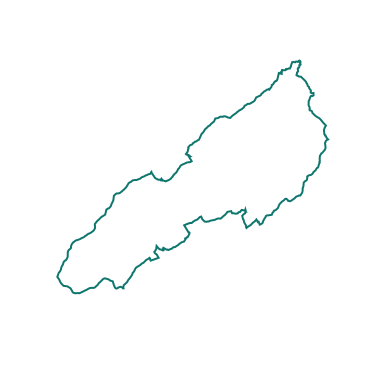 Licurici, Gorj, Romania (Equal Earth projection), rotated 240°
{"feature_id": "2599482B7592331780028", "entity_name": "Licurici", "entity_type": "district", "adm_level": 2, "iso_a3": "ROU", "parent_name": "Romania", "parent_adm1": "Gorj", "projection": "equal_earth", "projection_center": [23.618, 44.895], "detail": "fine", "context": "isolated", "style": "outline", "palette": "teal", "viewbox_px": 384, "rotation_deg": 240, "n_neighbors": 0, "source": "geoboundaries", "source_scale": "gbopen_adm2", "svg_char_len": 6086}
<svg xmlns="http://www.w3.org/2000/svg" viewBox="0 0 384 384"><g transform="rotate(240 192 192)"><path d="M244.8,314.7L244.4,314.5L243.1,313.0L242.7,311.6L241.9,310.2L242.4,309.7L242.8,309.7L242.8,309.2L242.6,309.2L243.2,307.9L242.9,306.3L243.0,304.6L242.5,302.9L242.3,301.3L241.6,300.3L241.4,299.4L241.8,294.9L240.0,292.2L239.6,291.1L239.5,287.0L239.6,285.8L240.5,284.2L240.2,282.2L240.4,280.7L239.3,279.1L238.9,276.3L238.9,274.3L239.1,273.6L238.8,272.8L238.6,270.9L238.3,270.0L238.0,266.3L237.7,264.4L237.0,262.2L238.3,260.6L240.5,259.0L241.3,258.0L241.8,256.9L241.7,256.3L243.1,254.1L243.0,252.1L243.4,250.4L244.0,248.9L242.1,246.4L241.4,242.4L240.7,240.7L240.9,239.1L240.3,237.4L239.8,234.7L238.0,231.4L237.6,229.5L233.8,224.2L233.9,222.5L233.7,220.6L234.1,219.7L233.8,218.6L233.8,217.2L233.3,216.5L233.1,215.5L233.4,214.3L233.4,213.3L232.5,211.0L231.3,210.7L230.9,209.9L229.2,208.5L228.2,206.6L228.0,205.9L227.3,206.1L225.6,207.6L225.0,207.8L225.4,207.1L224.0,207.9L224.2,207.4L224.1,207.0L218.8,207.1L218.9,205.2L220.1,202.4L220.3,199.4L220.6,197.0L220.6,195.5L218.9,192.4L218.8,191.4L217.6,189.8L216.9,188.3L216.5,187.3L216.4,185.9L216.0,185.1L215.7,183.9L215.0,183.1L214.7,181.6L214.0,180.0L214.0,177.7L214.4,174.5L216.1,173.2L216.7,171.9L216.9,171.8L217.4,172.3L218.8,172.2L218.1,170.6L218.7,170.4L219.5,168.9L222.4,167.1L228.7,166.6L229.7,166.9L229.5,166.2L228.8,165.6L228.6,164.4L229.2,163.1L229.2,161.3L229.6,159.9L229.4,158.8L229.9,155.7L229.5,154.1L230.1,150.0L231.1,148.2L231.7,146.3L231.3,144.1L231.4,143.3L231.4,141.7L229.2,137.8L228.2,134.6L227.3,129.7L227.3,128.3L228.5,125.7L228.1,123.5L227.7,122.4L224.0,119.6L221.7,116.1L220.4,114.7L219.9,113.5L219.4,111.7L219.7,110.9L219.6,109.1L215.8,105.5L215.6,100.6L214.8,98.0L214.3,95.5L212.9,92.0L212.5,91.6L209.8,90.3L209.1,89.8L207.8,87.7L207.3,84.0L207.6,80.6L207.3,79.1L207.3,77.5L207.0,76.2L207.0,75.1L207.3,73.3L207.2,71.3L208.1,67.2L207.8,63.9L206.9,61.8L205.7,60.3L204.0,59.1L203.7,58.5L203.4,56.2L202.1,54.4L198.1,52.0L197.0,50.6L196.0,48.8L196.1,47.5L195.6,45.9L193.7,43.9L192.8,42.2L191.5,40.6L190.4,39.7L189.2,37.9L188.7,36.3L185.8,32.9L183.1,33.2L178.7,32.9L175.0,33.8L172.7,36.8L169.7,38.5L169.0,38.7L164.8,38.6L163.9,39.0L162.8,40.1L161.5,42.7L160.6,43.9L160.2,48.6L160.3,49.8L160.0,50.9L160.0,54.3L159.8,55.7L159.1,57.4L158.2,58.6L157.9,60.2L158.8,64.1L159.8,66.1L159.8,66.8L160.9,70.8L161.1,71.8L160.8,73.4L159.3,74.9L157.4,76.5L156.2,76.8L154.3,78.7L150.4,77.8L147.8,77.5L146.7,77.8L146.2,78.2L145.9,79.2L146.1,80.4L145.6,82.8L144.3,83.8L143.1,84.0L142.8,84.5L144.2,85.1L145.4,86.3L146.4,90.7L147.7,92.8L148.5,95.1L150.3,98.8L151.6,100.2L152.0,101.7L152.8,103.1L153.6,104.0L154.4,105.6L154.6,107.8L154.6,110.6L155.1,112.7L155.0,114.6L156.0,118.3L156.0,120.6L156.2,122.3L155.3,122.4L154.4,122.0L153.2,121.9L151.7,130.2L155.3,130.2L157.6,129.3L158.6,129.3L159.1,129.5L159.4,130.6L160.5,132.5L162.9,134.3L160.1,134.8L158.5,135.4L157.5,136.5L155.9,137.6L155.8,138.0L156.1,138.0L156.7,139.0L157.8,138.8L158.0,139.3L155.0,141.0L154.4,141.6L154.4,142.0L153.5,142.7L153.4,144.6L153.0,146.1L153.5,148.0L152.8,149.8L153.0,152.0L152.9,153.0L153.4,155.2L153.6,157.7L153.1,160.5L154.3,162.5L155.0,162.8L154.7,163.2L154.7,163.8L155.2,164.1L155.4,165.1L155.1,165.7L155.6,166.5L156.8,168.5L157.9,169.5L158.5,169.3L158.6,168.8L167.1,168.6L166.8,171.4L166.2,174.7L165.3,176.2L165.7,177.9L165.8,180.7L165.5,182.9L166.4,186.3L166.1,187.7L163.4,187.3L160.2,188.1L159.0,189.5L158.7,190.8L158.1,191.8L158.0,193.5L156.5,197.8L156.3,200.4L155.6,202.2L154.8,203.1L154.6,203.6L155.3,206.5L155.7,209.3L156.6,211.8L157.1,212.7L155.8,216.4L153.6,216.1L152.5,217.8L151.3,219.0L150.6,221.1L151.2,222.1L150.7,223.6L150.9,224.3L151.3,224.8L151.6,226.2L149.5,228.4L149.6,229.0L150.1,229.5L149.3,229.3L148.9,228.8L147.9,228.8L148.1,228.4L147.0,227.3L146.9,225.6L146.3,223.6L143.0,222.6L142.4,222.8L139.4,222.0L136.0,222.0L135.2,221.8L134.8,221.3L133.6,221.2L133.9,222.5L134.1,226.7L134.8,228.6L135.2,231.8L136.0,234.0L133.6,234.0L133.8,234.3L133.1,234.9L129.9,234.3L129.7,234.7L129.8,237.3L130.1,237.9L131.2,239.0L132.9,241.8L133.2,242.7L134.2,243.9L134.2,245.3L133.6,246.4L133.0,248.2L132.6,248.9L132.4,249.8L133.5,251.0L133.9,251.7L134.0,252.5L134.8,253.6L134.5,255.4L135.1,258.2L135.6,259.0L136.8,260.4L137.8,262.0L138.7,265.1L138.8,267.2L139.4,269.2L139.2,270.0L138.7,270.4L137.8,270.8L136.4,270.8L135.0,272.2L134.9,274.0L135.2,277.4L135.9,280.1L135.5,281.9L135.5,283.0L134.9,283.7L134.8,284.1L136.2,286.8L136.9,287.7L138.6,289.0L139.4,289.3L141.7,291.7L144.1,293.3L144.8,294.8L144.8,296.5L145.1,297.6L146.5,298.9L147.7,299.4L147.9,299.7L148.0,301.3L147.3,303.8L147.5,305.4L148.5,307.2L149.0,309.8L150.2,311.9L150.3,313.5L152.4,315.7L153.7,317.4L154.3,317.3L155.1,318.3L157.0,319.2L159.2,320.7L160.7,323.2L160.8,324.5L162.1,328.0L162.8,329.1L163.9,330.0L167.8,331.6L169.3,333.5L169.7,335.1L169.5,336.1L171.6,335.7L174.3,335.9L174.4,335.5L176.1,335.6L179.7,337.3L181.3,339.0L182.6,341.2L186.8,340.2L190.6,339.6L192.2,339.1L195.8,337.1L200.3,335.8L201.6,336.2L202.3,336.1L203.3,335.5L203.9,334.8L204.9,335.1L205.4,335.7L206.8,336.2L208.5,336.3L209.3,336.6L212.5,338.6L213.0,339.6L215.1,341.9L215.5,342.5L215.6,343.1L214.9,344.3L214.9,345.6L217.0,346.7L217.6,345.2L217.9,345.2L218.4,344.6L219.0,344.6L220.3,345.7L223.2,345.4L224.5,345.8L226.0,345.3L228.2,345.8L229.2,345.6L230.3,345.8L231.7,345.6L237.3,344.0L238.6,342.3L239.6,341.9L240.2,341.2L241.0,340.9L241.8,341.7L242.2,342.3L243.0,342.7L243.4,344.2L246.0,345.3L246.4,346.0L246.2,346.7L246.6,347.5L248.2,348.3L248.2,348.9L247.9,349.3L248.0,349.7L249.8,350.0L249.7,350.4L250.3,350.7L250.4,351.0L251.5,351.1L252.0,350.9L252.2,350.2L251.8,348.7L253.0,347.4L252.7,346.3L254.1,344.7L254.0,344.0L254.3,343.6L251.5,340.4L251.2,340.4L250.0,338.4L250.6,337.7L250.8,335.5L251.3,335.4L251.5,334.7L250.8,333.8L251.8,331.8L252.5,331.4L252.7,331.1L252.4,330.6L249.4,328.7L249.7,328.4L251.3,328.9L250.9,327.2L251.6,326.7L246.9,322.3L246.4,321.3L246.1,321.2L246.0,320.4L246.3,319.8L246.0,319.1L246.1,318.7L245.7,317.6L244.7,316.2L244.8,314.7Z" fill="none" stroke="#0f766e" stroke-width="2"/></g></svg>